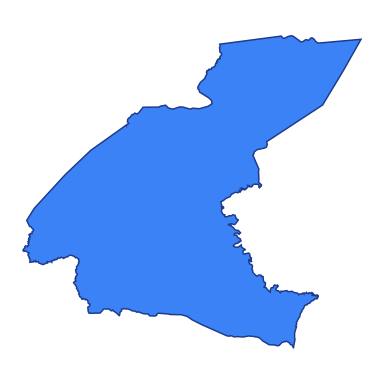 Nsama, Northern, Zambia
{"feature_id": "96606910B46360514720663", "entity_name": "Nsama", "entity_type": "district", "adm_level": 2, "iso_a3": "ZMB", "parent_name": "Zambia", "parent_adm1": "Northern", "projection": "orthographic", "projection_center": [30.06, -8.814], "detail": "fine", "context": "isolated", "style": "filled", "palette": "blue", "viewbox_px": 384, "rotation_deg": 0, "n_neighbors": 0, "source": "geoboundaries", "source_scale": "gbopen_adm2", "svg_char_len": 5946}
<svg xmlns="http://www.w3.org/2000/svg" viewBox="0 0 384 384"><path d="M89.1,313.3L100.2,313.0L103.7,309.0L108.2,309.0L109.6,309.4L111.1,310.8L112.8,310.1L113.0,310.7L116.3,312.8L119.2,315.6L119.6,315.1L120.0,312.4L121.6,310.8L121.5,309.2L124.6,308.6L126.2,309.0L127.6,308.9L130.2,309.7L132.3,310.9L134.8,311.1L136.9,312.2L138.5,311.9L143.8,313.8L148.2,314.0L149.4,315.6L150.2,315.9L155.3,316.0L156.5,315.4L157.2,313.8L158.2,313.2L168.3,314.0L170.2,314.5L181.3,314.7L187.2,316.4L192.3,319.9L202.7,325.1L226.8,335.8L229.2,336.2L231.3,335.7L234.0,336.9L237.4,336.6L243.3,337.0L248.5,336.0L254.3,336.5L255.5,337.0L256.4,336.8L259.8,338.0L262.8,341.0L269.1,344.7L274.1,344.9L277.8,345.8L279.3,345.3L281.7,342.7L284.1,341.7L285.5,341.7L286.4,341.0L289.7,343.2L290.4,344.5L292.3,345.2L293.6,348.3L293.6,346.6L295.0,339.5L294.6,337.4L294.6,332.9L296.5,326.6L295.7,326.0L296.7,324.2L296.3,322.8L298.8,317.9L299.6,317.1L300.4,313.5L301.8,311.5L302.4,309.5L303.0,309.2L303.9,307.5L304.6,305.6L306.1,304.7L306.8,305.0L307.8,303.6L309.4,303.4L311.9,300.7L312.7,300.7L315.1,298.9L317.3,298.6L317.6,297.6L317.2,297.3L317.8,296.4L318.2,296.5L318.2,295.8L317.5,295.7L317.5,295.1L316.0,295.1L315.8,295.8L314.8,295.7L314.6,295.3L313.9,295.6L313.4,295.0L312.8,295.1L313.4,294.5L312.8,294.4L313.2,294.0L312.9,293.2L312.3,292.8L311.9,293.2L311.6,292.7L311.0,293.2L309.6,292.7L308.9,293.4L308.7,293.0L307.6,293.4L306.7,293.2L306.4,292.6L306.1,293.2L304.2,293.0L304.0,294.0L303.5,293.3L302.6,293.2L302.0,293.9L300.7,293.8L298.8,294.8L298.6,294.1L297.4,293.1L293.6,292.4L292.2,291.3L288.2,291.7L286.9,290.6L282.2,291.4L281.0,291.2L280.8,292.4L280.2,292.7L278.5,290.7L277.4,290.8L275.9,290.0L276.0,288.6L278.2,286.2L277.7,285.2L277.3,285.6L274.5,285.0L273.6,286.1L273.3,287.5L271.4,287.8L270.5,289.3L270.3,292.1L267.9,290.1L266.0,287.6L264.1,287.2L264.2,286.5L265.2,285.8L265.5,283.1L265.2,282.5L264.3,282.4L263.4,280.5L263.1,276.6L262.4,276.3L261.7,276.6L261.1,275.3L259.1,274.9L257.5,276.0L256.6,276.0L253.5,273.3L252.8,272.0L252.6,270.1L251.8,268.7L252.4,267.6L252.4,265.4L251.6,264.6L249.4,263.8L248.6,261.0L248.9,259.6L249.7,259.3L249.9,260.9L250.9,261.8L251.5,261.4L251.1,260.5L251.4,257.9L250.6,257.5L250.1,256.4L249.6,253.8L248.5,253.0L244.1,254.1L243.3,253.7L242.9,252.9L243.2,250.5L244.9,250.0L245.2,249.5L241.6,247.3L241.3,244.9L238.2,247.2L234.9,247.1L233.3,245.9L235.5,243.6L237.7,243.3L238.5,242.3L239.5,242.1L239.3,241.6L241.0,241.0L240.2,238.8L237.9,237.5L236.6,235.1L234.3,235.2L234.2,234.0L235.5,233.1L237.1,233.0L239.2,234.3L240.5,232.7L238.2,230.4L236.0,230.2L234.8,229.5L233.0,227.3L231.4,226.2L230.9,224.9L229.3,225.4L228.6,224.8L229.0,224.2L231.5,223.7L234.0,224.6L235.0,224.3L238.2,220.2L238.2,219.8L236.2,218.6L235.1,215.4L233.2,214.7L231.1,215.8L229.2,215.7L227.0,216.8L224.8,216.6L224.8,214.8L223.4,214.9L221.4,211.5L221.7,210.0L221.5,207.4L222.6,208.6L223.6,208.1L223.6,207.5L223.4,206.8L222.1,206.4L220.7,201.9L223.4,200.5L226.1,198.3L230.0,196.7L231.7,194.0L232.6,193.9L234.0,192.8L235.6,192.3L238.2,192.7L238.9,191.8L239.7,192.0L239.6,190.6L240.5,191.5L241.7,189.6L241.2,188.8L242.4,189.3L242.2,188.2L243.6,188.9L243.2,189.4L244.3,189.8L245.0,189.7L245.3,189.0L245.8,189.2L247.9,187.0L248.2,186.4L247.7,185.5L249.4,185.7L249.7,186.8L251.4,186.9L252.2,186.4L252.4,185.4L254.1,184.2L258.4,184.4L259.0,185.6L258.9,187.2L259.5,187.8L261.4,185.8L261.4,184.7L259.1,182.8L258.6,181.8L258.9,179.3L258.5,171.8L258.9,169.2L253.0,155.4L254.0,153.5L254.1,152.0L257.0,149.7L264.1,148.2L266.4,147.2L267.3,144.4L266.6,141.7L322.6,105.0L343.7,70.0L361.0,39.3L319.6,43.0L317.6,42.8L315.7,41.5L313.8,38.9L311.9,37.8L310.8,38.1L308.7,40.3L305.8,39.6L302.9,41.6L301.0,41.9L293.4,36.4L291.2,35.7L288.1,36.5L284.2,38.4L283.0,38.0L281.2,36.1L219.7,44.2L220.4,46.1L219.5,47.3L220.0,52.3L221.4,53.0L221.5,54.9L219.7,57.2L220.2,58.6L219.8,59.1L218.9,58.8L217.4,59.9L217.6,61.4L216.7,61.3L216.7,63.2L215.9,63.1L214.9,66.3L213.1,67.4L212.0,67.5L211.2,69.4L209.8,69.1L208.6,69.5L208.8,70.3L207.0,70.7L207.1,71.5L206.4,72.1L207.0,73.5L204.5,78.8L200.4,82.3L197.8,87.1L197.9,88.7L199.0,89.8L199.7,92.2L208.8,97.9L211.6,100.6L211.9,103.8L208.3,106.2L199.4,108.7L192.7,108.2L190.1,109.1L183.0,107.1L179.8,106.9L172.7,109.2L168.4,108.0L165.6,105.2L160.3,106.2L159.2,107.1L143.1,107.2L138.5,113.1L137.0,113.9L134.9,113.1L133.2,114.4L132.1,114.6L129.8,117.5L128.5,118.3L127.7,119.5L127.4,121.7L128.7,123.4L126.4,125.0L126.4,125.4L126.2,125.1L90.7,150.4L65.1,174.8L34.3,208.3L26.7,220.4L29.6,226.4L31.2,226.8L32.1,228.4L33.6,229.8L33.0,231.2L32.1,231.8L32.1,233.5L30.7,233.5L29.4,234.4L30.0,234.6L29.2,235.5L30.0,236.6L30.0,237.4L29.3,237.5L28.7,238.5L28.6,239.5L29.4,239.7L28.0,241.6L28.8,241.7L29.0,242.3L28.6,242.6L28.7,243.2L28.1,243.5L28.7,245.2L27.5,246.5L27.3,245.9L25.6,246.3L25.4,246.0L24.8,246.9L25.0,247.9L24.2,248.3L23.0,250.1L23.3,250.9L24.4,250.8L24.4,251.2L25.3,250.9L29.1,253.0L28.2,253.9L28.0,255.1L29.3,257.6L29.3,258.6L30.1,259.0L29.9,262.3L31.9,262.0L32.1,261.6L33.4,262.0L33.8,261.2L35.0,261.5L35.5,260.9L35.8,261.9L38.2,261.6L38.7,262.9L42.9,264.6L45.2,263.7L45.9,262.9L47.5,263.1L47.4,261.6L49.4,261.9L50.3,261.4L51.8,262.3L51.8,261.0L52.1,260.6L53.8,260.4L54.2,259.5L53.9,259.1L55.2,259.9L56.1,259.4L56.9,259.5L58.2,257.7L58.8,258.1L60.4,258.0L60.6,257.5L61.8,257.3L63.5,258.3L63.6,257.8L64.7,257.9L66.6,256.7L67.8,256.8L68.3,256.0L70.6,255.0L74.3,256.4L75.6,257.8L76.4,257.4L78.6,258.8L78.4,259.4L79.2,261.8L78.5,262.4L78.6,263.4L77.9,265.0L76.5,266.8L76.7,269.0L75.6,269.8L76.0,272.4L76.6,273.5L77.4,274.1L77.4,274.8L75.8,276.4L75.5,277.9L75.8,278.0L75.1,278.8L75.9,281.2L74.8,281.3L73.6,282.7L76.0,285.8L76.7,287.4L76.5,288.4L77.7,290.0L77.9,291.1L79.0,292.0L79.1,293.2L78.6,293.9L79.3,294.9L79.7,296.6L80.7,297.0L82.1,299.3L83.2,299.1L83.4,298.6L84.4,298.8L85.3,299.3L85.4,299.8L86.3,299.5L87.7,300.3L88.2,303.2L88.8,303.8L89.5,303.6L90.0,304.3L89.7,306.0L87.8,307.2L88.3,311.8L89.1,313.3Z" fill="#3b82f6" stroke="#1e3a8a" stroke-width="1.5"/></svg>